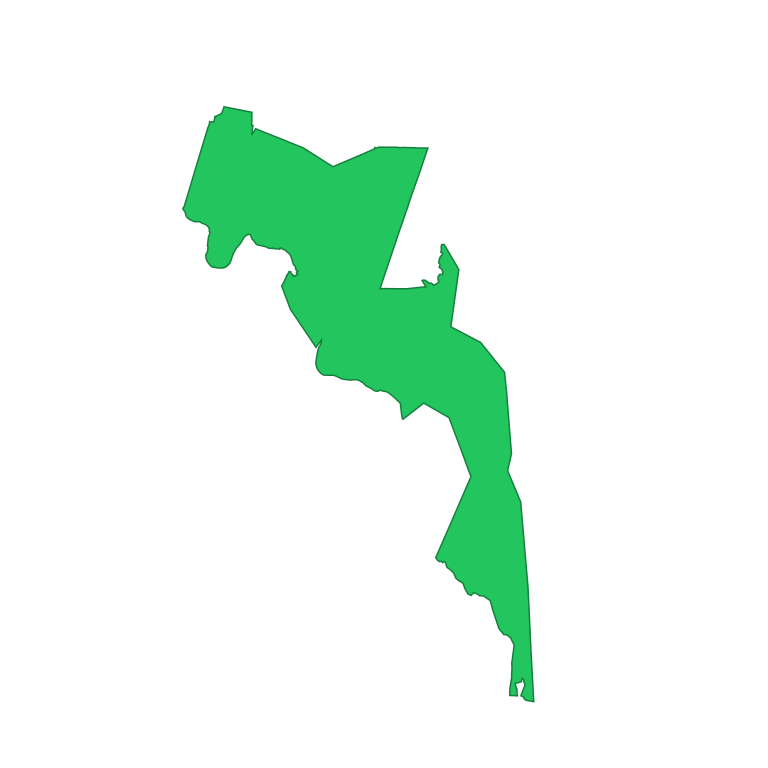 the district of Tuxpan, Nayarit, Mexico, rotated 204°
{"feature_id": "50627088B21538362927498", "entity_name": "Tuxpan", "entity_type": "district", "adm_level": 2, "iso_a3": "MEX", "parent_name": "Mexico", "parent_adm1": "Nayarit", "projection": "natural_earth1", "projection_center": [-105.318, 21.993], "detail": "fine", "context": "isolated", "style": "filled", "palette": "green", "viewbox_px": 768, "rotation_deg": 204, "n_neighbors": 0, "source": "geoboundaries", "source_scale": "gbopen_adm2", "svg_char_len": 5967}
<svg xmlns="http://www.w3.org/2000/svg" viewBox="0 0 768 768"><g transform="rotate(204 384 384)"><path d="M607.2,455.3L606.5,454.3L605.6,452.2L604.5,451.3L604.3,449.3L604.1,446.5L603.3,444.3L602.6,441.8L601.6,438.7L600.3,437.0L599.7,435.2L599.0,432.3L599.4,430.5L599.0,428.8L598.1,427.2L597.5,426.3L596.9,425.6L595.8,424.6L594.5,423.6L592.8,422.6L591.5,421.9L589.7,421.2L588.6,421.1L587.3,421.2L586.1,421.7L584.7,422.0L583.0,422.5L581.3,423.1L578.8,424.3L577.5,425.1L576.5,426.1L575.7,427.3L575.3,428.1L574.2,430.7L573.9,432.7L574.1,435.0L574.4,437.6L574.6,441.8L574.5,444.9L574.3,447.3L572.3,454.1L571.8,458.2L571.6,460.5L571.1,461.9L570.7,462.9L570.1,464.0L569.5,464.9L568.5,465.7L567.6,465.9L566.7,466.0L566.4,465.8L565.8,465.0L564.8,464.1L563.3,462.6L562.0,462.2L560.0,461.2L558.5,460.1L556.8,459.6L555.2,459.8L553.6,460.2L553.3,460.2L552.6,460.3L552.3,460.4L550.8,460.7L549.5,460.9L548.7,461.1L548.2,461.2L548.0,461.3L547.7,461.3L546.9,461.4L546.5,461.3L545.9,461.1L545.5,461.1L544.8,461.3L544.4,461.3L543.9,461.4L543.6,461.6L543.1,461.7L542.3,462.0L541.6,462.2L540.9,462.3L540.7,462.5L540.5,463.0L540.2,463.2L539.7,463.4L539.3,463.4L538.6,463.1L538.3,463.1L538.1,463.2L537.8,463.3L536.7,464.0L535.5,464.6L535.2,464.6L534.2,464.6L533.9,464.8L533.9,465.1L534.1,465.8L534.1,466.0L533.4,466.4L533.2,466.5L532.1,466.1L531.1,465.9L530.9,465.9L530.5,465.9L530.0,466.0L529.8,466.1L529.6,466.4L529.4,466.5L529.0,466.4L528.7,466.3L528.5,466.2L528.2,466.0L528.1,465.9L527.8,465.8L527.7,465.7L527.4,465.6L526.7,465.4L525.3,465.0L524.6,464.8L524.2,464.7L523.5,464.4L522.5,463.8L522.1,463.6L521.9,463.5L521.1,462.9L520.9,462.7L520.5,462.4L520.4,462.3L520.2,461.7L518.6,460.4L518.4,460.2L518.3,459.7L518.0,459.4L517.9,459.2L517.7,459.0L517.4,458.7L517.2,458.5L516.9,458.1L516.2,457.3L515.7,456.7L515.2,456.4L515.0,456.1L514.3,455.8L513.2,455.5L513.0,455.4L512.9,455.3L512.5,455.0L512.3,454.6L512.0,453.7L511.8,453.4L511.6,453.2L511.1,453.1L510.9,453.0L510.8,452.9L510.7,452.5L510.4,452.3L509.9,452.2L508.6,452.1L508.9,451.3L509.4,450.5L509.0,449.7L508.7,449.3L507.3,449.0L507.2,448.9L509.3,446.4L509.7,446.8L510.7,445.7L510.9,445.6L511.3,446.4L511.6,446.7L513.6,447.1L514.0,447.3L514.2,447.5L514.4,448.0L514.4,448.3L514.6,448.6L515.0,448.5L515.8,448.3L516.5,448.1L516.4,447.8L516.5,446.4L516.7,444.4L516.8,444.2L517.0,444.0L517.2,443.5L516.7,443.1L516.9,439.0L517.0,436.0L517.3,431.9L500.0,414.3L499.9,414.1L499.7,414.0L497.1,412.4L494.7,410.9L489.9,408.0L485.4,405.1L461.0,389.8L459.1,398.7L458.4,396.8L458.1,395.8L458.1,393.4L458.2,392.1L458.3,390.9L458.3,389.8L457.8,386.3L457.0,383.3L456.3,381.0L456.4,380.5L455.1,376.1L454.3,374.5L454.1,374.1L453.4,373.3L453.0,372.8L452.1,371.6L450.0,369.9L447.7,368.8L445.1,367.8L443.0,367.6L441.6,368.0L438.6,369.3L434.2,371.2L432.5,371.6L430.0,371.7L424.8,371.5L422.1,372.1L417.2,373.6L415.5,374.3L414.0,375.3L410.9,376.7L408.9,377.1L408.3,377.1L404.2,376.6L403.6,376.5L403.1,376.4L402.1,375.9L400.5,375.2L399.3,375.0L394.0,374.7L393.5,374.6L391.8,374.3L390.8,374.1L390.3,374.0L389.9,374.0L389.4,374.0L389.0,374.1L388.2,374.4L387.3,374.5L387.0,374.7L386.6,375.0L386.3,375.3L386.0,375.7L385.8,376.1L385.8,376.4L385.2,376.6L377.9,378.0L376.7,377.9L369.7,376.1L361.2,373.0L359.3,369.6L356.2,364.5L355.9,364.0L354.2,361.3L353.3,360.1L353.1,359.8L352.3,359.6L349.0,365.7L348.4,366.9L341.6,379.5L340.0,382.7L310.9,379.7L281.8,350.1L275.9,343.9L266.9,334.8L266.3,276.4L266.1,246.4L263.7,244.9L261.5,244.2L259.5,245.3L257.8,244.6L257.0,246.4L255.1,245.7L251.8,242.1L247.2,241.1L245.2,240.1L244.0,240.1L239.5,235.9L235.5,234.6L231.5,234.4L229.7,233.0L226.8,229.9L221.7,226.2L218.3,226.4L217.5,229.3L215.2,230.3L210.4,229.5L207.1,230.8L199.0,229.4L197.3,227.5L192.4,221.4L179.5,207.3L176.7,205.9L172.7,203.8L169.9,204.7L165.3,203.7L158.9,198.5L153.7,180.8L151.2,175.9L149.4,170.8L148.1,168.2L145.2,157.3L142.5,150.6L135.3,153.4L136.9,155.9L138.3,159.3L139.3,159.7L142.3,163.8L137.4,167.8L138.0,171.2L135.8,170.5L135.2,168.9L132.7,166.4L132.2,155.2L131.6,154.7L129.7,155.0L127.5,153.2L125.7,152.8L118.0,154.7L142.0,201.6L151.5,220.6L170.2,257.7L211.2,331.9L235.9,355.2L239.1,372.0L268.9,426.8L278.6,443.7L312.7,461.3L346.2,463.4L362.1,518.7L365.0,521.0L374.3,527.7L383.0,534.0L386.0,535.9L388.0,534.8L387.6,532.6L386.3,530.1L386.0,529.5L385.7,527.4L383.9,527.6L383.2,527.0L383.6,525.2L384.3,523.2L384.3,521.0L384.1,520.0L383.3,517.0L381.4,516.1L381.0,513.0L380.2,512.8L378.7,512.5L378.0,512.5L376.6,511.1L375.0,508.8L376.4,507.2L377.7,506.8L378.3,504.0L377.0,501.1L375.5,499.8L375.7,498.4L377.6,495.9L379.0,494.3L379.5,494.6L380.5,495.1L381.7,495.3L382.3,495.3L383.6,494.4L383.9,494.4L384.4,494.5L385.4,495.0L385.9,495.0L387.0,495.0L388.1,495.6L388.5,495.6L390.9,494.6L391.3,494.0L388.4,492.0L385.2,489.9L388.6,488.0L401.9,480.3L402.5,480.0L411.6,476.0L426.4,469.6L426.8,473.6L429.6,503.2L430.2,509.2L430.7,514.6L430.7,514.8L431.5,523.1L431.8,526.1L432.1,529.4L432.4,532.5L432.6,535.9L434.0,551.0L434.2,553.7L434.4,556.0L435.0,561.6L435.6,568.1L437.5,592.1L439.9,617.4L448.9,613.4L452.1,612.3L458.8,609.5L462.7,607.9L465.7,606.3L467.2,606.0L471.8,604.1L477.4,601.6L481.4,599.9L485.3,598.1L487.1,596.2L488.5,596.4L488.4,594.8L490.1,593.1L491.6,591.3L493.4,589.4L496.3,586.1L515.7,565.3L516.0,565.0L519.0,561.7L524.3,562.5L526.5,562.8L539.9,564.8L553.9,566.9L558.0,566.7L571.8,566.2L573.4,566.2L583.1,565.8L600.2,565.1L605.0,565.0L606.2,557.7L607.9,563.5L608.9,566.9L610.1,566.5L612.9,573.3L615.2,578.5L637.1,573.5L642.9,572.2L642.6,568.5L642.4,564.6L643.2,564.2L645.2,561.7L647.4,559.3L646.7,558.0L646.4,555.8L646.0,554.2L645.6,554.2L646.3,553.9L650.0,552.8L649.2,550.2L649.1,546.2L644.1,506.5L638.7,464.8L638.8,464.3L639.0,463.8L639.1,463.5L639.1,462.5L638.4,461.7L636.6,460.8L636.0,460.3L634.5,458.9L633.9,458.0L633.0,457.0L632.4,456.5L631.0,455.8L629.4,455.4L627.9,455.2L624.4,455.2L622.7,455.4L621.6,455.7L620.3,456.6L618.1,457.3L616.0,456.9L611.9,457.1L609.7,456.7L607.2,455.3Z" fill="#22c55e" stroke="#15803d" stroke-width="1.5"/></g></svg>